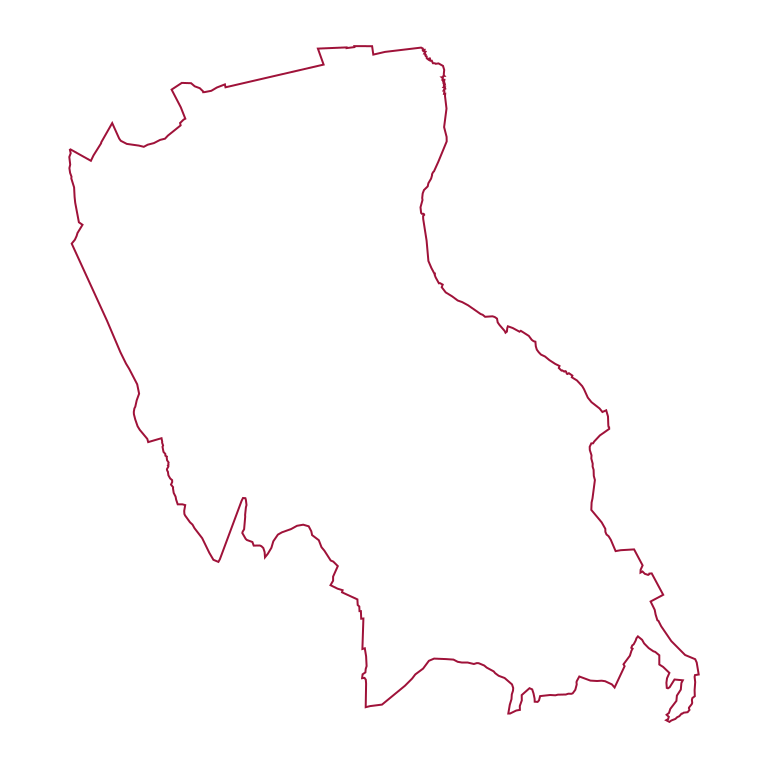 outline of Sarbi, Bihor, Romania
{"feature_id": "2599482B57220998873556", "entity_name": "Sarbi", "entity_type": "district", "adm_level": 2, "iso_a3": "ROU", "parent_name": "Romania", "parent_adm1": "Bihor", "projection": "orthographic", "projection_center": [22.14, 47.176], "detail": "fine", "context": "isolated", "style": "outline", "palette": "rose", "viewbox_px": 768, "rotation_deg": 0, "n_neighbors": 0, "source": "geoboundaries", "source_scale": "gbopen_adm2", "svg_char_len": 6026}
<svg xmlns="http://www.w3.org/2000/svg" viewBox="0 0 768 768"><path d="M508.3,713.5L510.1,713.5L516.3,710.5L519.9,709.9L519.8,706.0L521.8,700.4L521.7,695.1L529.5,688.2L532.2,689.4L533.5,693.4L534.6,698.7L534.7,701.7L537.6,701.9L539.0,700.4L540.1,696.1L550.1,695.0L555.4,695.3L557.8,694.7L565.9,694.5L568.3,693.7L571.4,693.8L572.7,693.3L575.3,689.8L576.7,684.5L576.5,682.1L576.8,681.1L579.3,676.5L590.4,680.6L597.1,681.0L601.6,680.7L605.1,681.2L611.9,684.4L614.6,687.5L624.6,666.2L623.5,664.3L629.9,655.7L631.5,650.6L632.6,648.7L631.3,647.8L632.2,645.5L633.7,644.3L635.7,640.5L636.4,638.3L637.9,636.4L642.1,639.8L644.1,643.4L648.7,648.1L653.4,651.3L655.2,651.9L659.3,655.3L659.3,664.5L663.1,666.9L669.4,672.9L667.0,678.3L666.4,682.8L666.8,687.9L668.0,688.3L669.7,687.2L674.5,679.5L682.8,680.3L681.4,683.0L680.8,689.6L676.9,695.6L676.4,700.9L670.3,708.9L669.0,712.9L666.6,714.8L668.8,716.8L668.1,719.1L666.2,720.2L669.4,721.9L671.3,720.5L675.4,718.9L677.2,717.2L679.3,716.2L681.5,713.7L682.3,713.7L683.6,712.7L687.6,712.2L689.5,709.9L688.9,708.2L689.0,707.6L691.7,704.2L692.2,702.9L691.9,699.8L692.4,698.0L694.8,696.2L694.6,690.2L695.2,682.1L694.6,676.9L695.0,675.1L698.7,674.5L696.7,662.5L695.2,659.2L685.1,655.0L671.3,641.1L661.2,626.3L658.4,620.8L657.4,620.3L655.6,614.5L654.7,609.8L650.6,601.5L663.2,594.8L651.7,573.4L649.3,573.6L649.1,574.3L648.1,574.9L644.8,573.8L642.5,571.5L640.5,572.6L640.6,569.8L642.6,565.4L634.1,549.4L620.7,550.2L615.6,551.1L610.8,539.8L608.6,536.2L606.5,534.5L605.4,531.9L605.3,528.8L601.7,522.4L591.3,509.9L591.6,502.5L592.5,498.4L594.9,480.0L593.8,475.9L593.6,469.8L592.6,466.6L592.7,463.7L591.3,458.5L591.5,455.3L589.8,450.0L589.7,446.8L591.3,443.4L593.1,443.3L594.2,441.5L599.9,435.4L609.2,428.9L609.1,427.2L608.5,426.8L608.3,425.0L608.0,416.5L606.2,410.3L602.4,412.0L599.6,408.5L591.5,402.2L587.8,397.6L584.0,389.2L582.2,386.1L576.9,380.4L571.8,377.3L572.4,375.6L568.9,373.2L567.5,374.0L566.8,373.7L566.0,371.5L565.1,371.1L564.2,371.6L562.3,370.4L561.5,370.6L558.8,368.0L559.5,366.0L555.2,363.9L549.5,360.2L545.0,356.5L541.0,354.6L538.7,352.2L536.8,349.6L535.8,346.3L535.4,341.7L533.6,341.2L531.7,339.8L528.8,335.9L520.8,330.8L519.5,331.7L512.7,328.0L507.9,326.3L507.3,327.9L506.9,331.6L505.5,332.7L504.7,331.0L499.6,325.1L497.7,322.4L497.0,318.6L494.7,317.0L492.5,316.3L485.1,316.8L482.7,314.8L480.6,314.0L468.1,305.3L462.2,302.1L457.7,300.5L452.2,296.4L445.7,292.4L441.7,287.2L442.7,284.6L439.9,283.1L438.9,283.3L435.6,277.3L434.6,274.6L435.0,274.0L434.8,273.3L434.1,273.1L431.4,268.0L428.4,261.0L426.6,240.7L423.2,219.0L423.1,216.0L424.2,214.9L424.1,214.3L423.4,213.8L421.9,213.8L421.1,212.9L420.5,207.3L422.5,200.0L422.2,198.0L422.7,193.4L424.0,190.0L427.7,186.4L428.4,183.2L431.1,178.6L432.1,175.1L432.0,174.3L433.0,172.3L434.0,171.3L438.3,161.8L446.7,141.4L446.6,136.9L444.1,127.1L446.5,108.6L445.0,96.0L445.2,93.7L444.0,93.8L444.4,91.8L444.3,90.5L443.6,90.5L444.2,89.3L445.3,88.7L445.0,87.8L443.6,87.3L444.8,86.2L443.9,85.7L444.0,85.0L444.9,84.4L444.6,83.4L443.7,83.8L443.5,83.5L443.8,82.0L443.2,81.8L443.0,80.8L444.2,81.0L444.4,79.8L442.4,79.7L442.8,78.2L441.8,77.3L442.9,77.2L443.4,75.9L444.4,75.9L443.9,75.3L443.8,74.0L444.2,69.9L443.0,65.9L438.5,63.4L435.7,63.8L434.9,63.3L432.9,63.2L431.8,60.7L430.5,60.8L429.4,60.2L430.1,59.2L429.9,58.4L429.3,58.4L428.3,59.5L427.1,58.6L426.7,58.2L426.7,56.5L425.7,56.1L425.3,55.1L425.7,54.7L425.0,53.7L424.3,53.6L425.5,51.7L423.9,51.3L424.5,49.8L423.8,49.8L423.4,50.8L423.1,50.8L422.7,50.2L422.8,48.5L421.1,47.6L385.0,51.9L373.3,54.6L372.1,46.2L354.3,46.1L354.4,47.1L346.6,48.1L346.6,47.4L317.9,48.6L323.6,64.6L225.5,87.3L224.9,84.4L216.9,87.5L211.3,90.8L204.6,92.1L203.2,92.2L203.1,91.4L199.8,88.2L194.7,86.3L191.1,83.2L181.8,82.9L171.6,89.6L180.8,107.3L185.3,118.7L183.6,119.6L180.1,123.0L180.6,125.4L167.9,135.6L165.0,138.7L160.1,139.9L153.9,143.1L147.7,144.7L143.8,146.8L138.9,145.6L126.8,143.9L120.8,140.8L119.2,138.6L112.2,123.1L101.2,142.4L101.1,143.3L93.5,155.4L90.9,160.8L70.5,149.4L69.9,149.8L70.7,153.2L69.3,157.0L70.2,164.6L69.4,168.1L70.1,172.9L71.5,176.7L71.3,178.4L74.1,187.4L74.6,197.0L75.2,202.7L78.9,222.3L82.5,224.8L77.5,233.0L76.6,236.0L74.9,239.7L71.7,243.6L107.0,320.7L120.4,352.2L126.0,363.6L129.1,368.7L137.2,384.3L139.1,393.7L136.7,400.3L135.3,406.7L134.4,408.4L133.8,411.9L133.9,414.2L135.2,419.3L137.6,426.3L139.8,429.9L147.3,438.9L148.2,442.1L161.5,438.2L162.2,441.6L162.1,442.7L163.1,445.5L162.5,446.8L163.5,451.9L165.3,453.9L165.4,455.7L166.9,456.6L166.7,457.6L167.1,460.3L168.6,462.5L168.3,463.7L168.5,464.8L167.9,465.5L168.4,466.2L168.3,466.7L166.9,469.2L167.2,470.6L167.9,471.7L168.4,475.3L170.2,478.5L172.1,480.1L172.2,482.0L171.0,484.6L173.1,487.2L173.0,488.4L173.7,492.9L175.6,496.7L176.1,499.5L177.7,504.3L182.3,504.3L185.2,505.1L184.2,510.9L184.4,514.0L185.1,515.5L190.0,522.3L192.5,524.6L194.5,528.2L202.2,538.2L209.3,552.8L213.4,559.8L218.4,561.9L219.9,559.2L241.6,500.8L243.0,498.0L245.4,498.2L245.9,500.0L246.5,505.0L245.9,507.4L245.1,515.0L245.2,516.8L244.1,529.3L242.7,531.6L242.3,533.0L245.7,538.9L246.9,540.0L252.4,542.0L253.7,545.6L259.8,545.5L261.4,546.2L263.3,548.0L264.6,552.0L265.0,557.3L267.8,553.8L271.4,547.8L273.3,541.3L277.9,534.6L282.0,532.3L291.2,529.0L297.0,525.8L303.2,524.7L308.7,526.3L311.3,531.3L312.1,535.1L318.8,540.2L321.5,547.2L324.4,550.7L330.7,560.5L333.3,561.6L337.8,566.1L333.1,576.6L333.1,580.7L330.5,585.2L337.6,588.7L342.6,590.2L342.0,592.3L357.4,599.4L357.7,605.0L359.3,606.5L359.5,611.1L360.9,611.1L361.2,618.7L363.4,618.5L362.4,649.0L364.8,648.3L366.1,656.3L366.6,666.1L365.7,669.0L365.4,672.4L362.6,674.3L362.1,678.2L364.5,677.9L365.8,679.7L366.1,683.6L365.7,707.2L370.1,706.1L382.0,704.6L404.9,685.8L412.1,678.6L415.3,674.4L423.1,668.6L428.9,660.8L434.1,658.6L446.2,659.1L453.5,659.6L457.7,661.8L461.7,662.5L467.5,662.5L473.9,664.0L476.8,663.1L478.7,663.2L484.2,665.5L486.7,667.6L493.7,671.4L495.2,673.2L498.7,675.8L504.6,678.0L512.0,684.4L513.2,688.0L513.0,690.7L511.8,694.4L511.5,699.1L509.8,704.7L508.3,713.5Z" fill="none" stroke="#9f1239" stroke-width="2"/></svg>